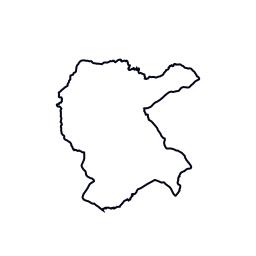 Coper, Boyacá, Colombia (Albers equal-area conic projection), rotated 33°
{"feature_id": "7082276B34459820199268", "entity_name": "Coper", "entity_type": "district", "adm_level": 2, "iso_a3": "COL", "parent_name": "Colombia", "parent_adm1": "Boyacá", "projection": "albers", "projection_center": [-74.028, 5.448], "detail": "fine", "context": "isolated", "style": "outline", "palette": "ink", "viewbox_px": 256, "rotation_deg": 33, "n_neighbors": 0, "source": "geoboundaries", "source_scale": "gbopen_adm2", "svg_char_len": 5784}
<svg xmlns="http://www.w3.org/2000/svg" viewBox="0 0 256 256"><g transform="rotate(33 128 128)"><path d="M160.9,47.9L159.7,47.1L159.0,46.9L157.9,47.1L157.4,47.0L156.5,46.2L155.8,46.0L153.3,44.8L152.2,44.6L150.9,44.6L149.7,44.1L148.7,43.9L147.5,44.2L146.8,44.6L146.0,45.5L144.1,45.9L143.0,46.5L142.4,46.5L141.1,46.1L140.3,46.0L139.4,46.3L137.3,46.2L136.7,46.4L136.2,47.0L134.4,48.1L133.9,48.7L133.0,48.6L132.2,48.9L131.9,49.5L131.9,49.8L132.1,50.2L132.2,50.9L132.2,51.2L131.9,51.7L131.6,51.9L131.1,52.0L130.8,51.5L130.5,51.5L130.0,52.6L129.3,53.1L129.3,53.4L129.6,54.1L129.2,54.8L129.1,55.1L129.7,55.8L129.8,56.4L129.6,57.3L128.4,58.8L128.7,59.6L128.2,62.0L128.4,63.9L127.9,65.3L127.4,66.0L127.1,66.8L125.3,68.7L123.9,70.6L121.9,71.0L120.1,72.5L118.7,73.0L118.0,73.4L118.0,74.0L117.8,75.5L117.3,76.1L116.8,76.4L116.5,77.1L116.3,77.2L115.1,77.4L114.7,76.1L114.3,75.7L113.4,75.4L112.8,74.3L112.5,74.2L110.2,74.8L109.0,74.8L108.6,74.9L107.7,75.9L107.2,75.9L105.9,74.9L105.6,74.3L105.6,73.5L105.3,72.8L104.9,72.3L104.6,72.2L104.1,72.4L103.8,73.0L103.8,73.4L104.0,74.3L103.9,74.5L103.6,74.6L103.1,74.2L102.6,73.6L102.6,74.5L101.8,75.4L101.0,74.8L100.1,74.6L99.9,74.9L100.2,75.7L100.2,75.9L99.0,76.4L98.4,77.9L97.7,78.6L97.3,78.7L96.8,78.1L96.1,78.2L95.8,77.9L95.8,75.4L95.5,74.5L95.0,74.6L94.4,74.9L94.1,74.9L93.0,74.2L91.8,72.8L90.7,72.3L90.2,72.3L90.0,72.9L89.7,73.3L88.6,73.3L88.1,73.6L86.6,75.6L85.9,75.6L85.3,74.8L85.0,74.7L84.1,74.9L83.6,75.4L82.7,76.5L81.6,79.6L80.9,79.8L80.4,79.6L80.0,79.6L79.5,79.3L78.8,79.7L78.6,80.2L78.1,80.8L76.6,81.6L76.3,82.6L74.9,84.5L73.1,85.5L72.0,86.5L71.8,87.1L71.5,88.4L71.2,88.8L68.2,90.1L67.0,91.0L65.8,91.4L64.2,92.2L62.8,92.5L61.2,92.0L60.7,92.0L59.3,93.1L57.2,93.7L56.6,94.3L54.3,95.2L53.6,95.7L52.6,96.5L52.0,97.3L51.5,98.6L51.4,100.5L51.5,101.6L51.2,103.4L51.3,104.0L51.7,105.3L52.2,106.0L52.5,106.9L53.1,108.1L53.4,108.6L53.5,109.0L53.5,109.5L53.1,110.7L52.6,111.2L52.5,111.5L52.8,112.9L52.8,113.3L51.5,115.0L51.3,115.8L53.1,118.6L52.9,120.4L53.0,120.9L53.4,121.8L53.5,122.3L53.5,124.2L54.3,125.4L54.3,125.6L52.9,128.5L52.5,130.1L51.7,132.3L51.5,133.9L50.7,135.7L50.7,136.0L51.1,136.6L52.2,137.7L52.4,138.5L52.8,139.2L53.4,139.6L53.8,139.6L54.5,139.3L55.0,138.8L55.6,138.7L56.9,139.6L57.1,140.5L57.9,141.3L58.0,141.8L57.8,142.5L58.0,143.1L57.9,143.3L56.8,144.3L57.0,145.0L57.0,145.6L55.7,146.7L55.6,147.2L56.3,147.9L57.2,148.2L57.8,148.1L58.6,147.4L58.9,147.3L60.1,147.4L61.5,148.0L61.7,148.5L61.8,149.6L61.9,150.1L62.5,150.8L62.8,150.9L64.0,152.7L64.7,153.6L65.2,154.9L66.5,155.7L67.0,156.5L68.0,158.8L68.2,159.6L68.4,159.8L69.3,159.9L70.7,161.2L70.7,161.8L70.5,162.2L70.8,163.2L71.3,163.9L71.9,164.2L72.3,164.7L72.7,165.6L73.4,166.7L74.3,167.4L75.3,168.7L77.4,169.4L78.4,169.3L78.9,169.5L79.1,169.7L80.0,171.4L81.1,171.9L82.7,171.8L83.8,171.6L86.0,171.7L87.3,171.6L89.4,172.6L89.8,173.4L90.3,173.8L91.4,174.0L92.7,175.1L93.7,175.6L93.8,175.7L94.3,175.4L94.8,175.8L95.0,175.9L96.2,174.7L98.2,174.7L98.4,174.6L99.0,173.7L99.7,173.4L100.4,173.5L101.1,173.2L102.8,173.2L103.4,173.0L104.5,172.4L104.8,172.7L107.8,177.1L108.5,179.1L109.3,184.3L109.6,184.9L110.1,185.4L111.2,186.1L112.5,186.7L114.3,187.3L115.7,187.4L116.8,188.3L118.3,190.0L119.8,190.6L120.9,190.8L122.3,190.6L124.1,190.4L125.4,189.9L127.4,190.2L128.1,190.7L128.4,191.1L128.4,191.4L126.7,195.1L126.5,196.3L126.9,201.1L126.7,207.6L127.0,209.0L127.4,210.3L127.8,211.1L128.5,211.6L129.4,211.9L130.4,212.1L131.7,211.9L133.7,211.4L134.9,211.0L138.7,210.9L139.7,210.6L141.0,209.8L142.6,210.1L144.0,210.2L145.2,210.1L150.5,210.7L151.9,210.7L151.1,210.2L151.0,209.4L151.1,209.2L151.7,208.8L151.9,208.6L152.3,207.4L152.5,207.2L153.1,207.6L153.4,207.5L153.5,206.6L154.6,205.6L156.6,205.0L157.6,204.9L157.9,204.6L157.9,204.1L158.2,203.6L159.8,203.3L159.7,203.0L159.3,202.7L159.5,202.4L159.9,202.3L160.6,202.3L160.8,202.0L161.3,201.3L161.6,200.2L164.0,198.5L163.8,197.2L164.3,194.7L164.6,191.2L165.1,190.3L166.1,189.0L166.2,188.1L166.6,188.0L167.9,188.5L168.2,187.8L168.8,186.7L168.2,185.7L168.5,184.8L168.2,183.0L168.3,182.8L168.7,182.6L168.7,182.3L167.4,181.5L167.7,180.9L169.0,180.3L169.7,179.4L170.0,177.2L169.6,175.7L169.7,174.1L170.0,173.5L171.4,171.7L174.8,164.3L177.4,159.6L178.7,157.1L179.0,156.9L181.2,156.3L185.4,155.6L186.2,155.3L187.3,154.2L188.4,154.0L189.6,154.5L195.3,154.9L197.4,155.7L201.7,158.3L203.7,158.9L204.4,159.0L204.8,158.9L204.9,158.4L205.3,154.7L205.3,152.3L204.9,152.0L204.5,151.3L204.4,150.0L203.7,148.5L203.3,148.0L202.7,147.7L200.7,147.8L200.4,147.5L199.5,147.1L199.3,146.7L198.4,143.9L197.9,143.6L197.5,142.9L197.4,142.1L197.2,141.5L197.6,141.0L197.6,140.5L197.0,140.1L196.9,138.5L196.7,137.5L196.8,137.2L196.7,136.8L196.9,136.4L198.0,134.4L198.8,133.4L199.2,131.7L199.7,130.6L199.9,130.2L202.5,127.7L202.4,126.6L202.0,126.0L201.4,125.5L198.9,124.5L194.6,123.1L193.2,122.3L192.4,122.0L190.9,120.6L190.4,120.4L186.9,119.6L185.2,119.6L183.6,119.8L182.5,119.8L181.9,119.9L181.1,120.4L180.3,120.7L178.0,120.9L175.0,121.9L172.0,123.9L171.4,124.1L170.9,124.1L168.3,122.7L166.8,121.3L166.2,120.5L165.8,119.5L165.5,118.1L164.7,116.9L164.4,116.8L164.1,117.0L163.6,117.1L162.5,117.1L160.5,116.5L158.1,115.0L154.0,113.4L153.2,112.6L152.5,112.2L150.2,111.4L144.2,109.7L141.0,109.8L140.7,109.7L140.1,108.7L139.1,108.2L138.5,107.6L137.4,106.1L136.7,106.3L135.6,107.1L134.0,105.7L132.3,104.9L131.6,103.3L131.4,103.0L130.9,102.8L131.2,102.4L132.6,101.5L133.6,100.7L135.5,97.9L135.8,97.0L136.4,93.5L136.8,92.2L138.5,89.3L139.7,86.4L140.7,83.1L141.2,80.7L142.0,78.3L142.7,76.3L143.3,75.2L144.3,74.1L144.9,73.7L145.8,73.5L146.4,73.1L148.1,71.2L149.8,69.8L150.4,68.7L150.7,65.8L151.0,65.0L151.8,63.9L152.3,63.4L156.1,61.5L157.0,60.7L157.5,59.1L157.7,57.5L158.3,56.1L159.0,52.4L159.4,51.4L160.8,49.1L161.0,48.5L160.9,47.9Z" fill="none" stroke="#020617" stroke-width="2"/></g></svg>